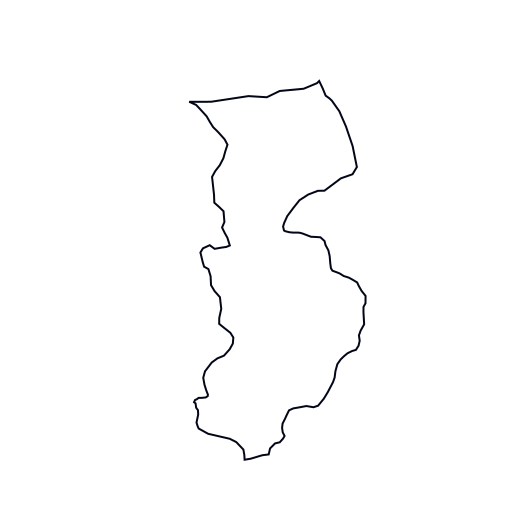 Boganda, Lobaye, Central African Republic (Mercator projection), rotated 119°
{"feature_id": "33826404B33100016317003", "entity_name": "Boganda", "entity_type": "district", "adm_level": 2, "iso_a3": "CAF", "parent_name": "Central African Republic", "parent_adm1": "Lobaye", "projection": "mercator", "projection_center": [17.223, 4.309], "detail": "fine", "context": "isolated", "style": "outline", "palette": "ink", "viewbox_px": 512, "rotation_deg": 119, "n_neighbors": 0, "source": "geoboundaries", "source_scale": "gbopen_adm2", "svg_char_len": 2161}
<svg xmlns="http://www.w3.org/2000/svg" viewBox="0 0 512 512"><g transform="rotate(119 256 256)"><path d="M439.7,167.2L435.9,162.4L427.2,153.9L423.4,148.7L417.5,150.4L410.7,148.5L407.4,144.9L402.5,143.8L399.5,143.8L397.3,147.1L393.8,149.8L389.7,151.5L384.3,151.7L380.8,152.0L375.0,152.3L371.2,149.5L368.0,145.5L362.8,139.2L360.4,132.4L356.8,129.1L347.9,127.5L340.2,127.2L328.8,127.5L324.2,128.3L318.2,130.7L311.2,132.4L305.4,131.8L301.1,130.5L296.7,128.8L292.4,125.8L289.7,123.1L284.8,122.8L279.9,124.2L275.5,127.5L270.6,128.3L267.4,128.3L263.3,128.3L253.0,134.8L248.4,137.3L244.3,137.3L237.8,140.8L235.3,146.8L232.3,151.7L230.1,154.7L229.9,159.9L229.9,164.3L231.0,169.7L230.7,174.1L231.0,176.8L231.8,182.0L230.4,184.5L226.1,187.7L220.4,191.5L216.0,195.4L212.7,200.5L209.7,203.3L208.4,208.7L210.6,213.4L212.5,217.2L213.8,226.4L214.6,229.4L215.4,231.0L217.4,234.6L219.0,238.2L220.1,242.3L220.1,243.9L217.1,246.6L213.3,247.4L205.9,248.0L195.6,246.6L186.1,245.0L176.9,240.1L169.0,233.5L165.7,227.8L146.9,219.4L137.7,211.2L129.3,210.9L113.0,224.8L99.2,240.0L89.0,253.3L83.4,264.9L82.5,268.3L82.0,272.8L77.1,278.9L72.3,285.6L75.2,286.4L86.6,295.4L100.2,315.3L111.9,323.5L119.8,340.1L142.9,370.1L153.5,389.2L152.9,381.6L154.8,375.6L157.8,366.8L161.1,361.4L164.1,355.9L166.0,349.1L169.2,339.9L172.5,334.9L179.3,333.6L186.4,331.9L194.3,331.7L201.3,332.8L208.1,332.8L222.8,322.4L229.6,318.3L231.0,312.0L232.6,306.1L238.0,302.5L241.6,300.1L247.5,299.5L248.9,297.6L251.3,294.1L253.8,290.0L259.5,284.0L262.5,286.4L265.2,290.0L269.8,295.7L269.0,301.7L275.0,306.1L279.9,306.3L287.0,299.8L290.5,296.2L290.5,291.3L295.7,285.9L303.3,281.2L306.8,275.2L309.5,267.6L319.0,260.8L328.0,258.1L333.2,255.3L334.3,249.1L335.6,241.2L338.3,236.3L343.8,233.8L350.3,233.8L358.7,235.7L364.2,240.1L370.7,243.1L381.6,244.7L388.1,243.1L393.5,238.7L397.6,234.4L400.6,230.8L402.0,230.3L404.1,231.4L406.3,234.6L407.9,237.4L410.1,238.4L411.5,239.5L413.9,239.3L414.2,237.4L417.7,234.8L419.0,232.0L422.7,229.7L426.2,228.6L430.5,227.3L433.1,224.6L434.7,222.5L434.7,217.8L434.7,211.7L428.6,190.4L428.3,183.1L431.4,173.2L435.6,169.8L439.7,167.2Z" fill="none" stroke="#020617" stroke-width="2"/></g></svg>